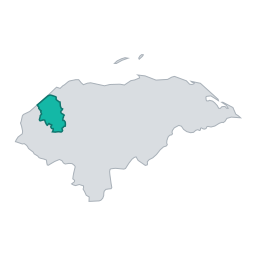 location of Santa Bárbara within Honduras
{"feature_id": "HND-650", "entity_name": "Santa Bárbara", "entity_type": "Department", "adm_level": 1, "iso_a3": "HND", "parent_name": "Honduras", "parent_adm1": "", "projection": "robinson", "projection_center": [-88.343, 15.095], "detail": "fine", "context": "in_parent", "style": "filled", "palette": "teal", "viewbox_px": 256, "rotation_deg": 0, "n_neighbors": 0, "source": "natural_earth", "source_scale": "10m", "svg_char_len": 3885}
<svg xmlns="http://www.w3.org/2000/svg" viewBox="0 0 256 256"><path d="M240.6,117.8L231.3,117.1L226.9,118.4L225.0,121.3L223.3,122.6L221.9,122.3L219.1,123.4L214.9,126.0L211.1,127.0L207.7,126.4L206.7,127.0L206.5,127.8L205.9,128.6L204.6,129.1L203.1,128.9L201.4,127.9L200.5,128.3L200.4,130.0L199.5,130.5L197.8,129.7L195.8,130.3L193.6,132.3L190.6,132.7L186.7,131.6L183.6,129.4L181.4,126.2L178.8,125.4L174.3,127.8L172.4,130.5L172.0,132.2L172.5,133.8L171.7,134.8L169.6,135.3L168.0,137.2L166.9,140.5L166.7,143.0L167.3,144.7L166.3,146.0L163.5,146.9L160.3,149.7L156.5,154.5L152.8,157.8L149.1,159.7L147.3,161.8L147.5,164.1L147.2,164.9L146.5,165.1L145.3,165.4L138.1,160.4L136.1,156.9L134.3,157.4L132.0,159.2L128.9,163.2L125.5,168.5L123.9,169.1L115.4,168.3L110.9,168.8L110.0,169.5L109.6,171.5L109.8,174.1L111.1,183.6L111.8,187.5L111.1,188.7L108.8,188.9L105.8,189.4L104.2,191.2L103.8,193.1L103.7,195.6L102.7,198.3L100.9,200.2L99.1,200.9L89.0,201.4L89.2,197.0L86.2,195.2L84.6,191.6L83.1,189.1L83.6,187.6L83.5,185.9L79.3,184.5L75.5,185.6L73.3,184.9L71.6,183.9L74.4,181.8L74.6,180.4L73.7,179.5L72.8,178.9L73.1,176.4L73.6,173.5L75.2,166.8L74.6,165.6L72.1,163.6L68.8,163.4L65.2,164.0L63.5,163.0L61.9,160.6L59.4,159.5L54.8,161.4L50.0,164.2L48.5,165.2L47.3,165.0L46.8,163.0L46.5,160.5L46.2,159.9L43.7,159.0L40.7,158.3L39.1,157.7L37.7,156.0L34.1,153.8L33.3,152.2L28.5,148.5L27.6,146.7L26.5,145.3L24.2,143.6L22.4,144.0L16.3,141.9L15.4,141.7L16.2,139.9L18.1,137.0L22.3,133.8L22.6,131.2L21.6,126.3L20.5,123.0L21.1,121.6L22.4,115.8L23.4,114.5L29.4,111.6L30.0,111.2L34.7,107.1L40.0,102.5L45.5,97.5L51.6,91.9L55.0,88.6L56.6,87.2L60.1,88.4L62.9,85.7L64.5,84.8L68.2,81.7L69.4,81.0L75.6,79.7L78.7,79.7L81.3,82.9L83.4,84.7L87.4,83.2L90.7,82.8L104.5,85.8L109.9,84.5L119.9,84.2L124.4,85.0L130.8,80.7L134.8,79.9L139.6,77.9L139.0,75.9L137.8,75.0L145.1,75.9L156.0,80.1L167.6,79.4L171.8,77.1L174.5,76.4L186.4,80.8L189.6,84.2L192.0,84.5L193.9,83.8L194.4,83.0L192.1,82.3L191.0,81.3L200.4,83.3L218.1,99.3L218.5,100.7L210.9,95.9L206.9,96.3L205.9,97.0L206.1,99.6L206.5,100.8L208.2,101.0L209.5,100.3L212.6,101.1L214.7,102.8L217.2,105.5L218.7,108.3L220.3,108.4L221.9,106.7L224.9,106.4L226.8,108.4L228.2,108.3L226.3,105.3L221.7,102.3L222.8,102.2L232.9,107.5L235.8,114.2L238.2,115.7L240.6,117.8ZM122.1,60.3L116.3,63.5L114.4,63.4L117.1,60.9L121.4,58.8L125.0,57.7L128.0,58.2L122.1,60.3ZM141.9,56.8L139.2,59.2L138.7,58.1L140.0,55.9L141.7,54.6L143.3,54.8L142.9,55.7L141.9,56.8Z" fill="#d9dde1" stroke="#a8b0b8" stroke-width="1"/><path d="M37.2,105.0L40.4,102.3L43.5,99.6L46.7,96.9L47.9,95.9L50.0,95.0L51.9,95.4L55.3,96.6L55.9,96.9L56.1,97.1L56.1,97.3L56.1,97.6L56.2,98.0L56.1,98.7L56.1,99.0L56.1,99.3L56.2,99.5L56.4,99.7L56.6,100.0L57.7,100.7L58.2,101.2L58.7,101.6L59.1,101.8L60.0,102.0L60.4,106.2L61.1,108.0L61.4,108.3L61.9,108.6L62.6,108.9L62.4,109.5L60.9,111.3L60.7,112.0L61.0,112.7L61.4,113.3L62.5,114.0L63.3,114.4L63.5,114.5L63.8,114.8L64.0,114.9L64.2,115.2L63.7,115.7L63.3,117.6L63.0,117.9L62.8,119.7L62.9,120.4L63.1,120.4L63.9,120.4L65.0,121.6L65.3,122.6L65.4,124.3L65.3,126.1L64.0,126.4L62.9,127.6L62.7,127.8L62.3,128.0L62.1,128.2L62.0,128.5L62.0,129.0L62.3,129.5L62.6,130.5L62.1,131.4L61.5,131.8L61.2,132.0L60.1,131.9L58.9,131.7L57.3,131.8L55.2,132.1L52.4,131.8L53.1,130.4L53.3,129.1L53.1,128.6L52.7,128.7L52.1,128.6L51.5,128.3L50.9,127.2L50.7,126.9L51.8,125.0L51.0,124.5L50.0,124.5L49.6,123.8L49.5,123.7L49.1,123.5L48.8,123.5L48.4,124.0L48.0,124.6L47.4,125.2L47.2,125.3L46.5,124.4L45.5,122.5L44.7,120.2L43.0,119.9L42.7,120.1L41.4,120.5L40.2,120.8L39.9,120.7L39.7,120.5L39.6,120.3L39.5,120.0L39.4,119.8L39.4,119.5L39.8,118.1L40.2,116.7L40.2,115.9L40.6,115.1L41.5,114.3L41.5,114.0L41.5,113.7L41.4,113.4L41.1,112.9L41.0,112.7L40.7,111.7L41.2,111.0L41.2,110.9L41.1,110.7L40.8,110.5L40.2,110.2L39.5,109.3L38.8,108.5L38.8,107.9L38.9,107.6L38.9,107.3L37.3,105.2L37.2,105.0Z" fill="#14b8a6" stroke="#0f766e" stroke-width="1.5"/></svg>